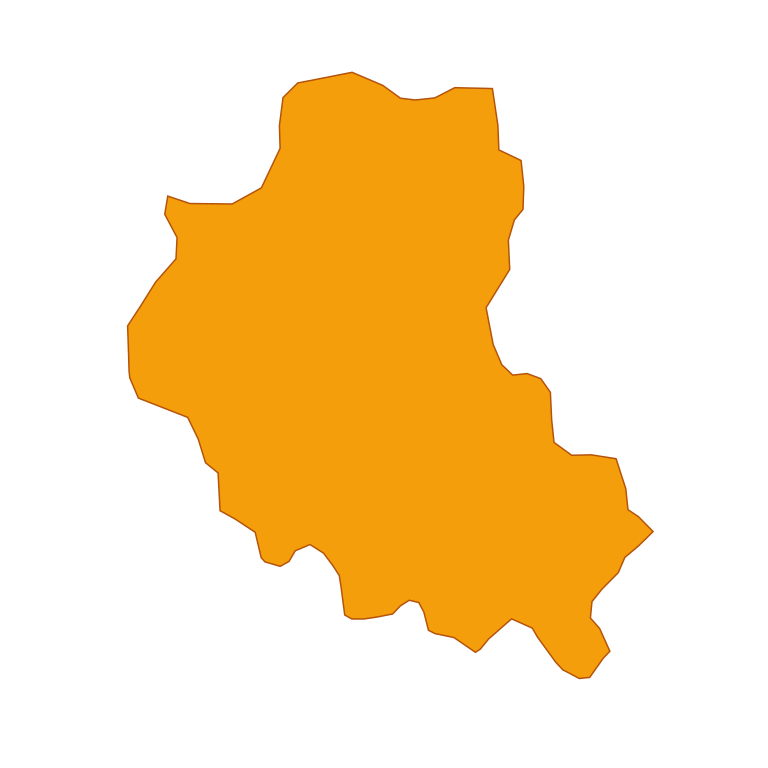 outline of Miryang-si, South Gyeongsang, South Korea, rotated 84°
{"feature_id": "91817680B88513858108060", "entity_name": "Miryang-si", "entity_type": "district", "adm_level": 2, "iso_a3": "KOR", "parent_name": "South Korea", "parent_adm1": "South Gyeongsang", "projection": "mercator", "projection_center": [128.832, 35.493], "detail": "fine", "context": "isolated", "style": "filled", "palette": "amber", "viewbox_px": 768, "rotation_deg": 84, "n_neighbors": 0, "source": "geoboundaries", "source_scale": "gbopen_adm2", "svg_char_len": 1353}
<svg xmlns="http://www.w3.org/2000/svg" viewBox="0 0 768 768"><g transform="rotate(84 384 384)"><path d="M673.4,187.3L649.7,195.1L638.3,203.2L622.1,199.9L610.7,188.6L596.1,170.7L581.6,162.6L571.8,148.0L558.9,131.8L542.6,144.8L534.5,154.5L513.4,154.5L482.6,161.0L476.1,185.3L474.5,204.8L459.9,221.0L437.2,221.0L409.7,219.4L395.1,227.5L388.6,240.5L388.6,255.1L377.2,264.8L356.1,271.3L318.8,274.5L283.2,247.0L254.0,245.3L234.5,237.2L224.8,227.5L202.1,224.3L176.1,224.3L163.2,245.3L138.8,243.7L101.5,245.3L96.7,282.6L104.8,303.7L104.8,323.2L101.5,337.8L86.9,354.0L70.7,383.2L75.6,438.3L88.6,454.5L116.1,461.0L138.8,462.7L176.1,485.4L189.1,516.2L184.2,558.3L174.8,578.8L174.5,579.4L192.3,584.3L216.7,574.5L237.8,577.8L258.8,600.5L281.5,618.3L299.4,632.9L328.8,635.0L344.8,636.2L351.3,636.2L372.4,629.7L396.7,582.7L419.4,574.5L443.7,569.7L455.1,558.3L492.9,560.3L502.7,546.2L518.0,527.6L543.9,524.3L548.5,520.9L554.5,506.3L550.5,497.0L540.6,489.7L535.9,474.4L545.9,461.8L559.2,453.9L569.8,448.5L581.7,447.9L609.6,447.2L614.3,440.6L615.6,428.6L615.0,414.7L613.6,399.4L606.3,390.8L601.7,381.5L605.0,372.2L615.0,368.2L633.6,365.5L637.5,359.5L643.5,340.9L660.4,321.1L657.8,316.0L648.5,306.6L630.9,281.7L642.3,262.0L651.6,257.9L678.6,242.3L686.9,236.1L697.3,220.5L697.3,210.1L679.6,194.6L673.4,187.3Z" fill="#f59e0b" stroke="#b45309" stroke-width="1.5"/></g></svg>